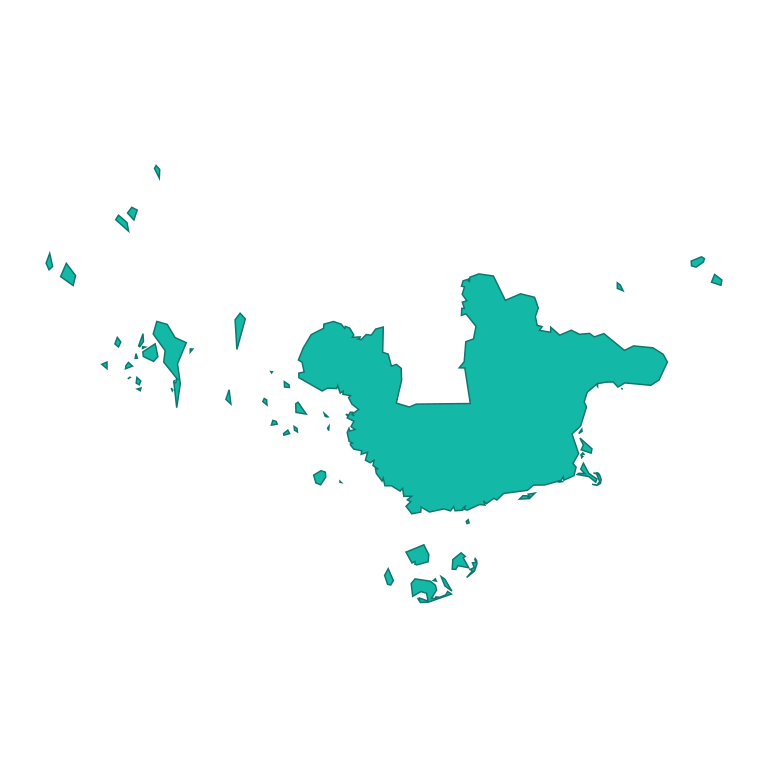 outline of Basilan, Basilan, Philippines
{"feature_id": "2640588B29921835743372", "entity_name": "Basilan", "entity_type": "district", "adm_level": 2, "iso_a3": "PHL", "parent_name": "Philippines", "parent_adm1": "Basilan", "projection": "orthographic", "projection_center": [121.96, 6.593], "detail": "fine", "context": "isolated", "style": "filled", "palette": "teal", "viewbox_px": 768, "rotation_deg": 0, "n_neighbors": 0, "source": "geoboundaries", "source_scale": "gbopen_adm2", "svg_char_len": 6177}
<svg xmlns="http://www.w3.org/2000/svg" viewBox="0 0 768 768"><path d="M383.3,327.0L375.6,329.1L371.3,335.2L366.2,334.5L361.1,339.7L358.3,339.0L359.5,338.6L360.2,336.9L352.3,337.3L353.8,334.9L349.6,328.0L345.3,326.4L345.1,328.2L344.7,328.5L341.2,324.1L333.5,321.5L323.9,324.1L323.6,328.3L311.2,334.6L303.3,347.9L298.4,360.0L302.1,362.2L304.1,372.0L298.8,373.1L298.9,377.7L322.2,391.0L327.5,388.1L336.7,388.6L337.7,385.5L340.2,393.1L343.2,391.2L342.9,394.3L350.4,395.6L348.6,397.7L351.9,404.1L358.6,409.4L352.6,413.9L354.2,415.9L352.1,414.6L352.6,412.3L350.3,412.2L347.2,417.9L353.9,421.2L351.0,426.6L355.0,429.5L349.9,431.0L349.0,428.3L347.2,432.4L349.1,441.3L352.4,443.1L350.5,443.7L350.4,444.8L353.6,449.0L361.7,450.8L361.1,454.3L367.6,452.2L365.4,460.2L370.2,462.7L374.0,460.3L373.0,465.6L378.4,469.3L375.4,468.4L376.3,473.4L382.1,481.1L383.2,478.2L384.9,485.8L391.5,485.8L400.1,491.1L402.6,488.4L403.8,496.3L411.6,496.3L407.3,499.8L410.7,501.7L406.0,506.3L411.8,513.8L420.7,512.1L421.1,507.1L429.5,512.0L444.0,508.9L450.6,510.9L453.6,506.7L455.1,510.8L462.7,510.2L463.0,507.8L465.2,506.4L464.4,509.4L467.3,510.1L479.6,504.5L485.0,505.1L483.5,500.8L486.4,503.7L493.9,498.3L496.9,500.0L503.5,493.5L527.5,490.3L533.5,485.1L544.7,485.0L561.1,480.3L563.2,476.9L563.9,480.2L574.0,475.6L576.1,467.2L573.0,463.5L578.6,453.5L572.0,434.0L580.6,426.0L586.5,407.0L584.2,401.9L587.2,392.2L597.3,383.7L597.3,386.1L597.6,386.5L597.5,383.7L606.1,382.1L613.3,382.0L617.9,387.1L624.8,382.9L650.9,385.3L659.0,380.0L667.4,362.1L663.2,354.3L652.9,347.8L633.6,345.9L624.5,350.4L603.9,333.6L594.3,336.9L589.5,333.4L579.5,334.3L571.3,330.2L559.7,335.2L550.7,327.2L550.6,332.3L539.5,330.3L542.1,326.6L537.2,325.4L535.4,316.5L538.3,308.0L534.6,297.3L520.6,293.8L505.3,300.3L493.4,276.0L478.9,273.9L469.9,277.2L469.5,281.3L468.7,280.6L469.1,279.0L468.8,278.3L468.6,280.6L468.0,281.3L468.5,279.2L463.1,280.8L461.5,286.2L464.5,286.9L462.2,294.4L466.8,300.7L462.3,302.2L464.4,308.4L461.8,308.3L461.4,315.4L466.0,313.8L476.0,326.4L473.5,338.9L465.8,341.7L464.2,361.7L459.2,367.8L464.8,368.0L470.3,403.5L416.2,404.1L409.4,407.0L396.3,403.1L401.6,380.1L401.2,368.3L396.4,364.4L391.4,366.1L388.2,354.1L382.7,352.3L383.3,327.0ZM167.2,324.4L156.8,321.4L153.2,334.0L165.1,350.6L163.7,362.1L177.6,379.4L176.2,379.4L175.9,382.5L174.0,383.5L176.7,407.7L180.3,383.8L177.5,363.7L186.3,342.7L175.1,337.6L167.2,324.4ZM415.1,578.9L411.2,583.5L412.7,596.3L420.9,591.6L426.6,593.2L428.1,601.1L419.5,598.0L419.6,600.7L417.5,598.0L420.4,602.5L428.5,602.1L451.4,594.1L447.6,591.5L445.7,594.9L437.0,598.3L431.4,598.5L436.6,590.0L435.4,585.3L430.4,581.2L415.1,578.9ZM423.9,544.8L406.0,552.1L412.0,563.0L415.1,561.6L414.9,564.2L416.8,564.9L428.1,561.8L428.8,554.7L423.9,544.8ZM240.1,313.2L235.1,319.8L236.9,349.4L245.3,318.9L240.1,313.2ZM66.3,263.3L60.6,276.6L73.1,285.5L75.6,275.6L66.3,263.3ZM155.2,343.8L142.8,351.9L143.3,356.5L153.6,361.4L157.9,356.7L155.2,343.8ZM461.1,552.8L452.8,559.6L452.2,569.2L455.8,569.4L457.9,565.6L468.8,567.8L463.2,557.8L465.3,556.4L461.1,552.8ZM321.0,470.7L313.6,475.1L315.9,482.9L320.6,484.8L325.8,477.0L325.3,472.1L321.0,470.7ZM583.4,463.2L580.7,469.2L584.8,473.6L578.7,473.3L577.2,474.5L588.9,476.6L595.7,482.2L596.9,479.0L588.8,473.4L583.4,463.2ZM388.2,568.7L384.6,575.4L387.6,584.3L390.7,585.0L393.4,580.6L388.2,568.7ZM118.5,215.2L115.7,219.7L128.6,231.2L127.0,222.6L118.5,215.2ZM701.5,256.8L691.2,261.1L691.5,265.9L696.1,267.1L703.3,262.1L704.5,258.7L701.5,256.8ZM592.0,448.9L579.9,438.0L583.4,445.1L581.2,449.8L591.1,453.1L592.0,448.9ZM714.6,274.4L711.5,282.2L720.9,285.3L721.9,280.0L714.6,274.4ZM298.0,402.2L295.7,403.8L296.0,412.4L306.3,414.1L298.0,402.2ZM131.8,207.3L127.5,213.0L133.9,220.0L137.2,210.1L131.8,207.3ZM49.7,253.4L46.1,263.2L49.1,269.8L52.6,266.5L49.7,253.4ZM229.1,389.8L225.9,399.4L230.9,404.0L229.1,389.8ZM475.2,558.6L474.9,559.4L475.5,559.3L475.3,560.7L476.0,561.3L475.9,561.6L476.3,562.0L476.2,562.4L472.4,562.8L474.2,567.5L470.1,569.5L472.4,570.9L466.7,577.5L474.5,571.0L477.0,563.7L476.6,560.6L475.2,558.6ZM117.3,337.4L114.9,343.9L118.5,347.0L120.8,342.0L117.3,337.4ZM156.1,165.5L154.5,168.4L159.3,178.1L159.7,169.5L156.1,165.5ZM441.1,576.6L445.0,586.0L451.9,591.1L444.9,579.2L441.1,576.6ZM527.1,495.8L522.9,495.7L519.5,499.1L529.1,498.6L527.1,495.8ZM617.3,282.8L617.3,288.4L623.1,290.8L620.3,285.0L617.3,282.8ZM530.1,497.9L534.9,493.1L528.1,494.2L530.1,497.9ZM143.0,333.7L138.6,346.0L139.8,346.7L143.5,341.6L143.0,333.7ZM107.0,362.0L101.8,364.3L107.0,368.7L107.0,362.0ZM284.3,381.6L284.5,387.0L289.4,387.5L289.0,384.8L284.3,381.6ZM287.8,430.1L283.6,433.5L283.8,435.2L289.6,433.6L287.8,430.1ZM272.8,420.4L271.4,425.1L277.2,424.1L276.2,421.4L272.8,420.4ZM136.9,377.4L136.2,383.1L139.3,384.8L140.7,380.9L136.9,377.4ZM128.4,362.4L126.0,365.6L125.5,368.8L132.5,366.1L128.4,362.4ZM595.3,473.3L593.4,472.9L595.7,473.7L597.2,472.9L599.0,474.7L596.9,474.7L599.7,481.5L596.9,485.1L592.0,484.2L596.8,485.4L600.4,483.4L601.2,479.5L599.5,474.7L598.3,473.3L597.1,472.7L595.3,473.3ZM267.0,405.0L266.6,399.9L264.2,398.5L262.8,401.6L267.0,405.0ZM294.1,426.4L294.5,430.2L297.4,431.9L297.0,428.4L294.1,426.4ZM137.4,358.2L136.0,353.7L135.2,358.4L137.4,358.2ZM578.7,433.5L582.1,431.3L581.8,429.1L578.7,433.5ZM468.2,519.7L466.2,521.4L467.0,523.6L469.1,522.9L468.2,519.7ZM141.0,388.0L137.2,389.0L140.2,390.7L141.0,388.0ZM192.8,349.0L190.3,348.9L190.2,352.2L192.8,349.0ZM145.4,347.1L142.6,346.6L142.5,348.4L145.4,347.1ZM129.8,377.2L127.8,378.9L130.2,377.4L129.8,377.2ZM329.0,426.0L327.6,428.1L328.7,430.6L329.0,426.0ZM436.3,581.1L435.3,578.8L433.3,580.5L436.3,581.1ZM348.5,415.0L345.9,414.2L347.6,415.9L348.5,415.0ZM439.5,597.3L436.0,596.9L435.6,597.7L439.5,597.3ZM581.4,454.5L583.9,454.2L582.8,452.9L581.4,454.5ZM324.2,413.3L325.0,416.0L326.6,416.9L328.0,416.8L324.2,413.3ZM173.6,383.2L174.5,380.0L173.8,381.4L173.6,383.2ZM172.8,390.0L171.2,388.1L172.3,390.9L172.8,390.0ZM272.4,371.8L270.8,371.6L271.6,372.9L272.4,371.8ZM581.7,457.7L582.9,456.4L581.3,455.5L581.7,457.7ZM341.3,482.5L340.0,481.2L340.0,482.2L341.3,482.5ZM563.5,481.5L560.4,481.7L557.7,481.8L558.9,482.1L563.5,481.5ZM622.1,388.8L622.1,388.6L621.2,388.4L622.1,388.8Z" fill="#14b8a6" stroke="#0f766e" stroke-width="1.5"/></svg>